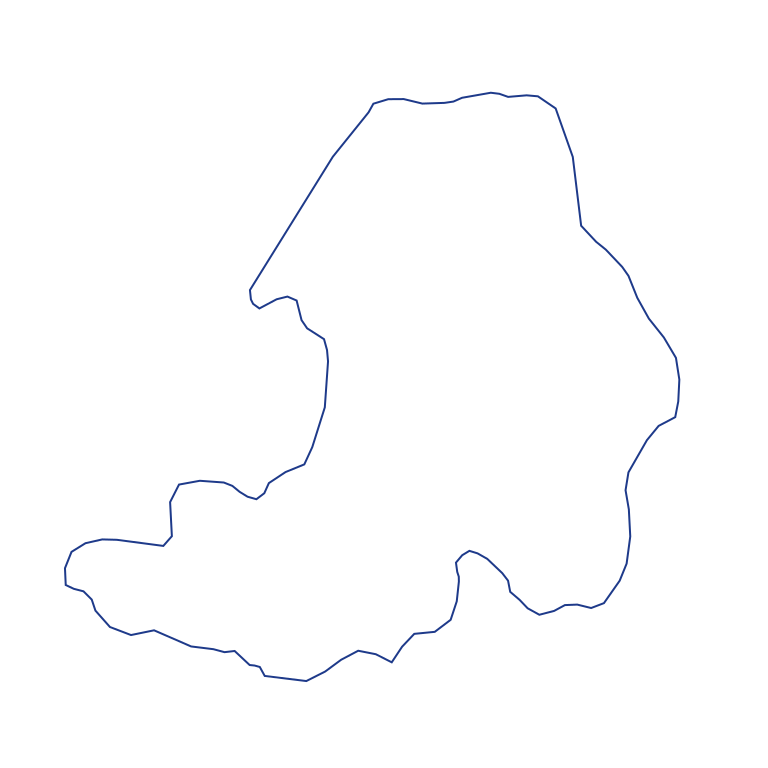 the State of Plateau, rotated 277°
{"feature_id": "NGA-2866", "entity_name": "Plateau", "entity_type": "State", "adm_level": 1, "iso_a3": "NGA", "parent_name": "Nigeria", "parent_adm1": "", "projection": "orthographic", "projection_center": [9.38, 9.346], "detail": "fine", "context": "isolated", "style": "outline", "palette": "blue", "viewbox_px": 768, "rotation_deg": 277, "n_neighbors": 0, "source": "natural_earth", "source_scale": "10m", "svg_char_len": 1548}
<svg xmlns="http://www.w3.org/2000/svg" viewBox="0 0 768 768"><g transform="rotate(277 384 384)"><path d="M660.9,339.3L667.2,353.5L669.2,368.9L667.0,387.9L670.4,409.8L672.8,418.5L677.6,426.6L686.1,454.5L686.1,463.1L684.1,472.2L687.9,490.4L688.3,501.7L678.4,520.8L632.4,543.7L565.1,560.4L551.0,577.2L544.4,587.8L529.2,606.2L521.1,613.5L500.4,624.9L481.2,638.9L464.3,656.1L445.5,670.6L424.4,676.6L402.5,678.2L386.6,677.1L375.9,661.7L360.3,651.8L326.1,637.4L308.0,636.7L289.4,642.3L262.7,647.0L235.3,646.7L217.5,641.9L193.3,629.0L186.9,616.9L188.6,602.7L186.6,590.5L179.5,580.5L173.9,566.3L178.9,553.9L186.2,545.0L193.1,534.6L203.9,531.1L210.7,524.4L223.0,507.8L227.3,497.5L228.8,489.1L223.6,482.5L215.5,477.2L206.4,479.6L201.9,481.7L197.0,482.4L177.2,482.7L158.1,478.9L144.2,464.6L139.7,444.5L125.5,434.0L108.7,425.6L114.8,408.8L116.1,390.9L105.1,375.1L91.4,360.6L79.7,343.1L79.7,301.2L88.0,295.2L88.8,289.8L88.7,284.9L100.8,268.3L98.4,258.4L100.0,247.0L100.0,224.5L111.5,185.8L104.0,163.5L109.4,141.6L123.9,125.2L134.4,120.2L141.6,111.0L142.9,101.1L145.7,92.6L162.3,89.8L179.3,94.3L189.6,107.1L195.4,123.3L196.8,137.8L196.4,184.7L207.1,192.0L240.7,186.1L259.2,192.8L265.5,213.0L266.7,237.0L264.4,245.9L259.4,253.8L255.5,262.3L254.1,271.4L261.0,278.5L271.6,281.8L284.6,297.0L294.5,314.7L312.6,320.5L353.6,328.1L399.6,325.7L410.8,323.3L421.2,319.0L429.9,300.9L437.3,294.4L456.2,287.1L459.0,277.5L455.0,267.1L443.8,251.1L447.6,244.3L451.7,241.6L460.9,239.5L603.3,305.5L651.8,335.6L660.9,339.3Z" fill="none" stroke="#1e3a8a" stroke-width="2"/></g></svg>